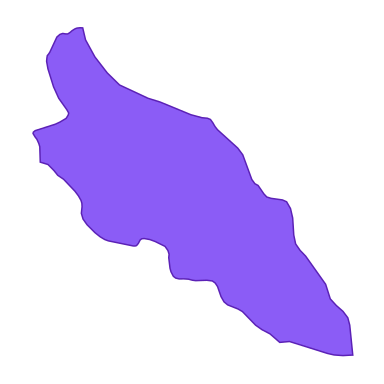 an SVG outline of Mostaganem, rotated 89°
{"feature_id": "DZA-2202", "entity_name": "Mostaganem", "entity_type": "Province", "adm_level": 1, "iso_a3": "DZA", "parent_name": "Algeria", "parent_adm1": "", "projection": "natural_earth1", "projection_center": [0.307, 36.01], "detail": "fine", "context": "isolated", "style": "filled", "palette": "violet", "viewbox_px": 384, "rotation_deg": 89, "n_neighbors": 0, "source": "natural_earth", "source_scale": "10m", "svg_char_len": 1672}
<svg xmlns="http://www.w3.org/2000/svg" viewBox="0 0 384 384"><g transform="rotate(89 192 192)"><path d="M26.0,298.4L38.0,295.8L55.3,286.7L71.4,274.7L83.7,262.6L97.5,234.4L101.5,222.3L114.7,191.8L117.9,180.7L118.5,175.3L119.8,172.3L123.1,170.0L126.9,167.9L130.2,165.4L148.9,145.5L155.7,140.6L180.5,132.0L184.8,129.0L186.6,125.8L195.1,120.2L198.3,117.3L199.7,113.1L201.5,101.7L203.4,97.6L210.3,93.8L219.7,91.8L236.8,91.0L245.7,89.3L252.3,84.9L258.1,79.5L286.6,60.0L301.3,55.6L308.0,49.7L314.0,43.1L320.5,38.4L327.9,36.6L357.9,34.1L357.9,36.6L358.2,43.9L357.4,52.8L355.8,59.3L343.2,97.1L343.9,106.9L335.2,116.5L330.9,124.4L326.3,130.7L312.4,143.7L309.8,148.0L305.5,158.3L302.4,161.9L297.1,164.8L287.0,168.1L283.4,170.4L281.3,173.2L280.5,178.8L280.7,189.9L280.2,193.2L279.1,197.0L278.7,201.8L278.7,206.3L277.8,209.8L276.0,212.1L271.4,214.4L267.9,215.3L257.2,216.4L253.8,216.0L250.1,217.1L245.9,219.9L240.9,229.6L238.8,235.0L237.7,240.6L237.9,243.1L239.1,244.7L242.2,246.4L243.8,247.6L244.7,248.6L245.0,249.9L244.9,251.8L239.4,276.5L238.0,280.1L235.2,284.6L230.9,289.8L222.9,297.5L217.2,301.4L211.4,303.0L204.8,302.2L201.4,302.3L198.5,303.1L193.9,305.6L189.2,309.0L177.0,320.2L173.0,325.9L168.2,329.6L162.0,335.5L159.5,343.2L144.1,343.4L140.9,344.3L136.5,346.2L134.4,347.8L130.8,349.9L129.4,349.6L127.9,347.7L121.8,327.4L119.8,322.9L116.2,316.6L113.0,314.5L110.9,313.9L107.4,315.8L96.0,323.6L84.4,328.6L66.3,333.9L58.7,335.1L55.2,334.7L53.1,334.3L51.6,333.0L49.7,331.7L34.7,324.4L32.1,321.3L31.2,318.4L31.7,315.8L31.8,313.6L30.9,312.0L30.0,310.7L28.9,309.5L27.8,307.8L26.7,305.9L26.1,304.1L25.8,300.9L26.0,298.4Z" fill="#8b5cf6" stroke="#5b21b6" stroke-width="1.5"/></g></svg>